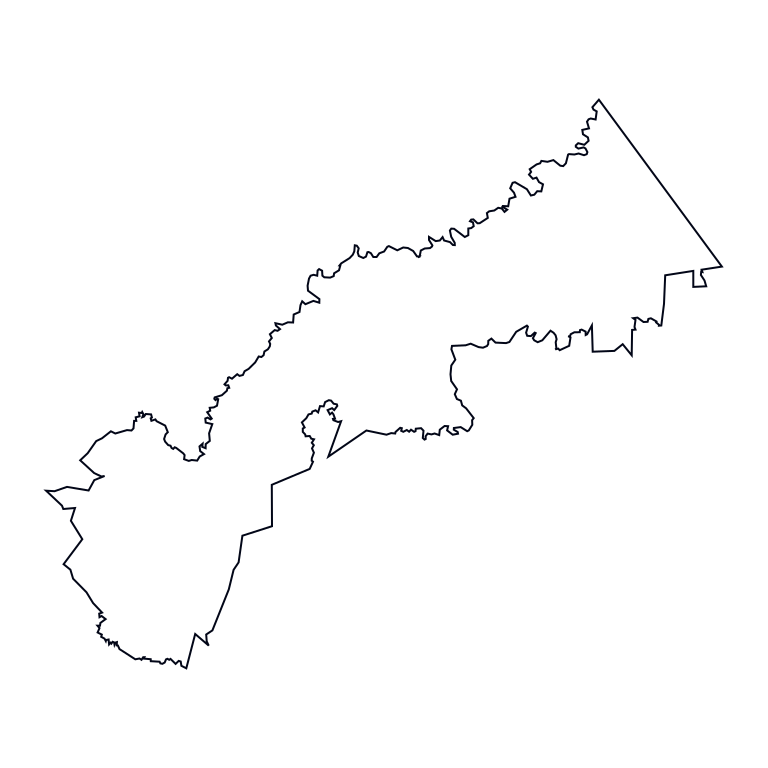 San Juan Cotzocón, Oaxaca, Mexico (Mercator projection)
{"feature_id": "50627088B74666108696895", "entity_name": "San Juan Cotzocón", "entity_type": "district", "adm_level": 2, "iso_a3": "MEX", "parent_name": "Mexico", "parent_adm1": "Oaxaca", "projection": "mercator", "projection_center": [-95.529, 17.312], "detail": "fine", "context": "isolated", "style": "outline", "palette": "ink", "viewbox_px": 768, "rotation_deg": 0, "n_neighbors": 0, "source": "geoboundaries", "source_scale": "gbopen_adm2", "svg_char_len": 6089}
<svg xmlns="http://www.w3.org/2000/svg" viewBox="0 0 768 768"><path d="M70.9,520.8L82.3,539.2L63.6,564.2L70.4,569.7L73.1,578.7L86.5,592.3L93.1,603.1L102.1,612.6L99.2,613.6L99.5,617.2L101.6,616.0L105.6,619.1L100.4,622.9L100.0,625.7L97.5,625.7L99.5,628.1L97.6,632.5L101.8,634.6L101.2,636.8L104.5,638.6L105.8,641.1L106.1,640.0L108.6,639.5L109.1,644.4L110.6,642.7L111.4,643.6L112.6,641.8L114.1,642.4L114.5,644.6L115.3,642.6L116.9,642.1L116.7,645.4L117.9,645.5L119.5,649.1L135.3,659.3L139.5,658.5L141.5,659.8L143.2,657.2L144.4,657.2L143.6,658.6L150.7,659.2L150.8,661.2L159.6,661.7L160.4,663.4L162.4,663.8L164.7,662.5L166.0,659.4L167.4,658.8L169.2,659.8L170.5,658.9L175.6,663.9L178.7,660.9L180.7,661.5L181.4,665.8L186.3,668.3L195.2,634.0L208.7,645.6L206.7,641.3L206.2,634.5L212.4,630.4L228.8,589.4L233.6,569.8L238.6,562.4L242.4,535.7L272.0,526.2L271.8,484.8L309.7,468.9L313.0,461.7L311.7,460.7L311.8,458.3L313.9,452.7L312.0,448.4L313.8,445.2L311.8,442.8L314.0,439.3L311.3,438.7L309.7,436.0L305.6,436.3L305.2,434.4L302.8,431.9L302.8,428.5L304.6,427.5L301.9,422.4L306.3,418.2L308.5,414.4L311.7,413.6L312.3,411.6L315.6,410.3L318.1,412.4L320.0,406.1L323.7,406.4L325.1,402.1L328.8,400.2L331.1,400.6L333.6,403.7L336.9,404.4L337.3,405.9L334.2,410.1L332.1,408.2L327.6,410.1L329.9,414.4L332.1,412.6L333.4,414.3L335.0,418.6L333.0,418.9L333.4,420.2L338.1,422.0L341.1,421.2L328.3,456.7L366.4,430.5L386.5,434.7L391.2,433.1L395.2,433.5L395.5,432.0L400.2,427.8L401.8,428.2L401.2,430.8L403.3,431.8L406.8,430.0L409.1,431.7L411.0,429.7L414.1,431.8L415.5,431.2L415.8,428.7L421.1,428.2L423.5,430.7L422.8,438.0L424.5,439.6L425.7,439.0L425.6,436.3L427.6,433.6L431.5,434.4L434.6,433.5L439.2,435.1L439.8,429.7L444.6,426.0L448.1,426.2L447.1,430.4L452.7,434.7L458.0,433.7L457.7,432.0L453.8,429.7L453.9,428.0L460.7,427.1L467.2,431.2L468.8,430.4L472.3,424.8L472.1,420.2L473.7,418.1L466.1,408.3L462.2,405.4L460.9,400.7L456.9,399.0L454.8,394.2L457.0,389.3L451.2,381.0L450.5,374.3L451.3,365.5L455.3,359.7L451.4,349.3L452.0,345.9L465.6,345.3L470.7,343.7L478.6,347.1L483.0,347.7L487.0,346.0L488.2,344.1L488.3,340.8L491.4,338.6L495.5,342.6L506.0,343.1L509.4,342.0L516.2,331.8L526.9,325.6L527.9,326.6L526.1,332.7L527.2,335.8L530.9,336.1L534.7,332.6L535.7,333.1L532.9,338.2L534.2,340.3L537.7,342.2L542.3,340.3L550.5,330.7L553.6,332.8L555.6,335.3L556.6,339.2L555.7,342.2L556.4,348.4L555.3,349.4L558.2,348.6L559.7,350.2L569.2,345.8L570.5,337.4L568.2,336.2L569.9,336.4L570.7,334.2L574.3,332.3L579.8,332.2L580.0,330.1L581.6,329.6L585.6,331.6L585.7,335.0L587.1,334.3L591.9,325.4L592.7,351.7L614.4,350.9L622.7,344.2L631.7,355.3L632.1,329.9L635.5,329.6L634.5,327.0L635.5,319.9L633.2,318.2L637.5,317.6L643.5,322.0L647.6,321.8L648.4,318.9L650.9,318.3L656.5,321.5L656.1,322.4L659.0,324.8L658.9,325.7L661.3,325.5L664.0,303.9L665.2,275.3L693.3,270.9L693.3,286.9L706.2,286.3L704.5,280.5L700.9,275.0L701.2,271.7L702.4,272.0L701.6,269.7L721.9,266.6L598.9,99.7L592.4,107.2L593.5,109.6L596.7,111.4L595.6,119.5L590.7,118.5L588.6,119.3L587.0,121.7L589.0,128.4L582.3,129.9L583.0,134.3L587.9,137.4L588.6,140.8L584.3,144.8L578.2,143.2L575.8,145.4L575.8,146.8L578.4,148.6L583.7,147.4L585.5,148.5L587.4,152.1L586.7,154.2L584.0,155.2L578.6,153.5L574.4,154.5L569.0,154.1L568.1,154.6L565.9,163.3L563.2,166.1L560.3,165.7L553.4,160.1L547.5,161.8L541.4,160.9L540.1,163.3L536.6,164.4L529.7,169.2L531.1,171.9L529.0,174.6L532.9,178.8L536.5,177.6L539.0,182.1L543.0,184.3L541.3,191.4L537.2,191.2L534.3,194.7L530.9,195.5L526.9,189.2L515.0,182.2L512.6,182.8L510.2,188.3L514.0,192.7L515.5,196.8L509.5,198.7L508.2,206.3L502.8,206.0L502.4,206.7L507.2,209.7L504.5,211.9L501.8,208.5L498.2,207.8L494.3,210.5L489.2,211.3L486.9,213.1L487.8,217.9L479.7,223.2L477.5,223.3L473.4,219.4L471.2,219.6L470.0,221.2L473.0,222.4L473.7,226.2L471.2,228.1L468.3,228.5L468.3,235.2L464.8,237.0L454.1,228.8L451.3,228.6L449.9,230.5L451.2,236.8L454.7,242.8L454.8,245.1L452.9,245.0L450.0,242.1L444.1,240.5L442.6,237.1L439.8,240.5L435.7,241.1L429.0,236.9L429.0,240.0L432.4,245.4L432.0,246.5L430.0,248.1L424.7,248.5L420.8,250.5L419.6,256.7L417.9,257.3L419.0,256.5L417.0,256.4L413.2,251.0L407.9,248.0L403.2,247.5L397.3,250.3L388.9,246.1L387.3,246.8L384.1,251.5L379.3,253.3L376.6,257.0L373.3,257.0L370.9,253.2L368.6,252.0L367.4,252.2L366.0,256.6L363.3,258.0L358.8,256.0L357.7,252.5L358.7,248.3L356.8,245.7L354.8,245.3L354.3,251.3L352.8,254.7L349.6,258.1L341.3,263.3L339.5,265.5L340.3,265.6L339.0,270.3L334.1,273.3L333.7,276.1L330.2,277.6L324.3,277.3L322.4,275.7L322.1,270.7L319.1,269.1L317.6,270.5L317.2,275.7L313.6,274.8L310.6,275.7L309.0,278.6L307.6,285.7L308.0,290.7L319.4,299.1L319.3,302.7L313.4,300.9L305.4,304.2L302.2,301.3L300.5,305.1L299.5,312.0L293.7,314.5L293.1,322.5L287.9,322.3L282.3,324.7L275.4,323.2L275.9,325.5L280.0,329.1L277.6,330.8L274.7,330.1L269.9,334.2L271.8,338.0L269.0,341.4L270.2,343.9L269.8,346.4L267.9,349.3L264.4,351.5L263.6,355.2L261.4,357.0L258.7,356.5L255.2,362.4L248.6,368.9L244.6,371.2L242.9,375.0L239.5,375.9L237.2,374.2L232.0,378.7L229.1,377.2L228.0,377.8L227.6,380.8L224.5,384.3L225.7,385.4L228.3,385.3L229.2,387.8L227.4,388.2L226.9,390.7L221.9,395.2L214.7,397.4L214.3,398.8L215.5,400.1L217.1,398.7L218.2,399.2L217.0,405.7L213.8,407.4L209.7,407.8L210.2,410.7L207.2,412.2L211.7,418.6L210.5,419.4L207.6,417.6L205.3,418.5L205.7,422.6L212.3,424.1L209.1,433.3L209.8,440.9L205.7,444.1L205.6,448.2L202.3,446.9L202.6,443.7L199.5,446.4L200.2,451.1L204.0,454.1L199.7,456.5L197.2,460.6L191.7,460.0L188.8,460.9L184.1,459.2L184.6,455.1L183.3,453.4L176.2,447.9L174.7,447.3L173.2,448.9L171.6,448.0L170.5,445.7L168.2,445.1L165.1,441.6L164.1,439.0L165.6,434.4L167.8,432.2L165.2,425.6L156.6,421.2L155.4,419.4L151.4,420.8L150.7,418.3L151.9,417.5L151.1,414.4L145.8,414.0L144.0,416.6L142.3,417.2L143.4,414.2L142.2,412.0L141.7,413.0L139.0,412.7L139.6,416.3L135.7,417.3L136.3,420.9L134.1,420.9L133.5,428.4L131.5,430.5L127.0,430.1L115.3,433.5L110.9,431.3L102.0,438.3L96.2,441.1L87.7,453.2L80.2,460.3L94.2,473.1L101.4,476.5L104.6,476.0L94.3,480.1L88.6,490.5L67.0,486.9L54.6,491.2L46.1,490.7L62.0,505.7L63.3,509.0L75.0,508.0L70.9,520.8Z" fill="none" stroke="#020617" stroke-width="2"/></svg>